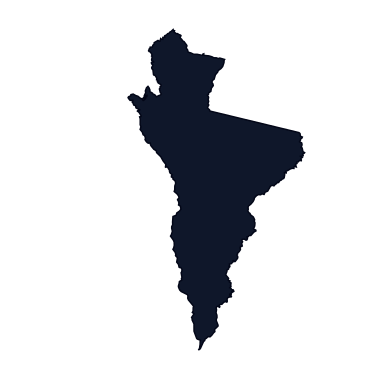 Filandia, Quindío, Colombia, rotated 110°
{"feature_id": "7082276B59907465773306", "entity_name": "Filandia", "entity_type": "district", "adm_level": 2, "iso_a3": "COL", "parent_name": "Colombia", "parent_adm1": "Quindío", "projection": "orthographic", "projection_center": [-75.673, 4.664], "detail": "fine", "context": "isolated", "style": "filled", "palette": "ink", "viewbox_px": 384, "rotation_deg": 110, "n_neighbors": 0, "source": "geoboundaries", "source_scale": "gbopen_adm2", "svg_char_len": 6047}
<svg xmlns="http://www.w3.org/2000/svg" viewBox="0 0 384 384"><g transform="rotate(110 192 192)"><path d="M280.4,173.2L282.3,172.8L285.1,172.6L286.3,171.9L288.3,170.0L289.2,168.1L290.0,161.3L290.9,160.3L293.2,159.7L294.6,158.5L298.8,151.4L300.4,151.3L303.6,150.2L305.1,150.5L305.8,148.4L310.0,149.5L311.0,148.5L312.2,148.1L315.3,145.0L322.1,142.5L327.9,137.6L328.4,136.7L328.4,133.3L329.7,133.2L332.3,132.3L336.1,131.5L337.4,131.6L338.2,132.2L337.4,131.1L336.2,130.6L328.4,130.0L327.4,129.3L325.6,129.4L324.4,128.4L322.5,127.6L321.9,125.5L320.0,124.5L316.7,123.5L315.5,122.8L314.9,122.9L314.1,123.7L313.3,123.7L309.1,121.7L308.2,122.0L304.8,125.0L303.6,125.6L301.3,125.6L299.2,126.5L297.3,128.1L294.2,128.7L292.7,129.7L291.1,129.5L290.6,128.8L290.9,126.7L290.3,126.6L289.3,127.7L288.5,127.6L287.1,125.4L284.6,124.4L284.0,123.4L283.1,123.0L283.0,122.6L283.6,121.9L283.4,121.5L282.6,121.5L280.7,122.4L279.1,122.3L277.5,120.4L277.3,119.4L276.8,119.2L276.5,119.6L276.5,120.9L275.9,121.5L275.4,121.5L275.2,120.1L274.7,120.2L274.3,121.0L273.5,120.3L272.2,120.7L272.2,119.7L271.5,119.8L271.4,118.9L271.0,118.7L269.9,119.8L270.2,121.4L269.0,122.7L269.0,123.7L267.1,123.1L266.4,124.0L265.1,123.9L264.0,124.4L263.9,126.0L263.6,126.2L262.6,125.9L262.5,127.8L262.0,128.1L260.6,128.1L258.5,131.7L257.4,132.1L254.8,132.0L253.6,132.5L251.9,131.3L249.5,131.7L249.7,131.1L249.2,130.9L246.9,132.2L245.7,130.3L244.6,130.2L243.7,129.5L242.8,130.0L242.4,129.9L242.2,129.4L242.8,128.2L242.6,127.7L238.8,126.5L237.5,126.7L236.6,127.3L236.2,128.1L235.6,128.4L234.5,127.9L233.6,128.3L232.2,127.4L229.7,126.8L228.9,127.0L228.1,127.9L227.4,127.6L226.5,127.8L226.2,126.7L225.6,126.3L223.2,127.8L221.5,127.4L220.3,128.7L219.5,128.8L219.1,128.3L218.4,126.7L218.8,124.8L218.3,124.1L217.0,123.9L215.2,124.9L214.8,123.9L213.5,123.6L212.7,121.8L208.6,120.2L206.7,118.6L206.0,119.0L205.8,120.9L205.4,121.7L203.2,121.4L201.8,121.6L199.4,122.3L198.2,123.5L196.6,123.7L194.5,125.8L193.4,129.2L192.3,130.2L192.0,131.4L190.8,133.1L189.1,133.2L187.2,134.1L185.7,134.1L183.4,132.6L180.2,131.4L178.0,131.1L176.0,131.3L173.3,130.1L171.8,128.8L171.1,126.5L169.6,125.6L169.8,124.2L169.6,123.4L167.2,123.3L165.3,121.2L159.5,120.2L158.2,118.7L158.2,117.1L156.6,116.5L154.9,115.3L153.6,115.1L153.5,113.9L151.0,113.2L150.4,112.3L148.8,111.5L148.0,110.5L146.9,110.3L144.1,110.8L142.3,111.7L141.9,110.0L141.3,110.2L140.9,111.0L140.4,111.0L139.2,109.5L136.6,107.4L135.4,105.8L135.0,104.3L133.6,104.8L132.9,104.6L132.8,102.6L130.6,104.2L129.3,103.1L128.1,103.9L127.4,102.5L125.6,101.8L125.2,100.0L124.5,100.2L123.3,101.2L121.8,100.2L121.3,102.0L120.1,100.0L119.4,100.1L118.9,100.9L118.5,101.1L117.0,99.7L116.5,99.6L116.2,101.5L112.9,103.6L112.9,104.7L110.4,104.7L109.4,105.0L108.3,105.8L108.0,108.1L106.1,107.8L105.1,108.1L103.6,107.1L102.6,107.1L102.5,109.2L100.1,110.5L99.6,111.8L109.8,202.8L108.8,203.7L107.8,206.1L106.2,206.3L104.8,206.0L104.3,206.2L103.5,207.3L101.3,207.3L99.2,208.6L97.8,208.6L96.8,209.2L95.7,210.7L94.5,209.9L93.0,210.3L91.1,208.7L87.8,209.3L84.8,208.4L83.3,209.3L82.4,210.6L81.1,211.0L79.8,210.7L78.4,209.8L73.9,210.1L70.5,208.9L68.9,208.9L66.1,207.0L63.6,206.1L59.5,206.2L57.2,206.9L56.3,206.7L56.6,211.2L56.7,211.8L57.6,212.9L57.6,215.0L58.4,217.4L58.1,219.5L58.3,222.7L59.5,227.4L59.5,227.7L58.1,228.2L58.8,229.0L60.0,228.8L60.1,229.3L60.8,234.1L62.0,237.5L61.7,240.6L61.9,243.4L59.8,244.9L59.2,246.0L58.0,246.9L56.6,246.7L56.0,247.0L53.4,250.9L53.1,252.8L52.2,253.6L51.3,255.7L50.6,256.0L48.9,255.8L48.5,256.4L48.5,258.3L48.1,259.7L48.6,261.5L48.0,262.5L47.8,263.6L46.4,263.6L46.6,264.7L45.8,265.3L48.4,266.6L49.1,267.4L50.9,268.0L51.5,269.0L53.2,269.7L54.4,271.0L54.9,271.1L55.9,270.5L56.7,272.3L58.5,271.6L58.9,272.7L58.5,273.9L61.2,273.7L61.5,274.2L61.2,275.8L64.6,278.6L66.0,278.2L67.5,279.0L69.1,278.8L69.5,279.2L70.2,280.8L70.8,280.5L71.7,281.1L74.2,281.1L74.7,280.2L74.6,279.2L75.9,277.3L77.1,276.3L78.1,276.5L78.5,275.6L81.5,275.2L82.3,274.7L82.7,272.6L83.1,272.5L83.5,273.9L84.5,274.4L85.5,273.6L85.7,272.5L87.1,272.1L88.6,272.5L89.2,272.3L89.9,271.8L90.6,270.5L94.9,268.3L95.2,267.7L95.0,266.7L96.6,264.6L97.6,263.8L98.7,263.7L98.9,262.3L100.1,262.3L100.4,262.0L100.3,261.3L101.1,261.0L101.7,258.2L102.2,257.5L103.0,257.4L104.1,258.0L105.2,257.4L106.3,257.9L109.4,255.8L110.0,254.6L110.5,254.4L111.7,254.8L112.6,256.0L114.7,258.1L113.6,259.7L113.3,260.8L113.5,261.7L112.6,263.0L112.1,265.8L111.7,266.2L110.7,266.3L108.8,268.0L107.8,269.5L109.6,270.4L113.0,270.4L114.4,269.5L118.0,269.8L119.0,269.4L120.4,270.0L120.9,269.0L120.4,268.8L119.1,268.5L117.3,268.7L116.5,267.3L117.0,267.1L117.2,267.5L117.8,267.3L118.0,268.0L119.1,267.7L119.2,268.0L119.9,268.0L120.2,267.6L122.5,268.7L122.7,269.5L121.6,270.3L121.5,272.8L120.5,275.6L120.6,277.8L120.1,280.8L121.4,282.7L122.6,282.5L124.1,284.1L125.0,284.4L125.8,283.7L127.1,281.5L126.0,278.8L126.5,278.5L127.9,279.0L128.7,277.7L130.2,276.5L130.2,274.6L132.1,273.4L132.7,269.2L133.3,269.3L134.1,270.8L134.6,271.0L135.3,269.0L137.9,265.7L138.5,265.7L139.3,266.9L140.9,265.7L146.5,263.7L148.2,262.3L151.0,262.1L152.7,259.2L154.9,257.5L155.2,255.8L157.2,254.2L158.9,254.0L160.2,252.3L161.0,250.6L161.0,249.6L160.3,247.9L161.8,247.2L162.7,246.2L164.9,242.5L165.5,239.7L167.1,238.7L169.5,233.4L172.7,229.7L175.0,226.0L177.6,225.5L177.7,225.1L176.9,224.1L177.1,223.3L179.4,220.5L180.5,220.1L181.6,219.2L182.5,216.5L183.8,216.9L184.9,216.5L185.1,214.8L186.4,214.3L187.2,212.0L187.9,211.2L189.4,210.3L192.2,210.2L195.8,209.0L197.6,208.9L198.9,205.4L200.3,203.3L201.9,202.2L202.8,202.4L203.8,203.0L204.3,202.9L205.1,201.8L206.9,200.5L208.8,200.2L209.3,198.0L212.0,196.5L214.2,197.2L216.9,199.1L219.3,198.9L221.5,201.5L226.9,200.0L229.2,199.0L231.5,199.2L233.0,198.7L235.6,197.0L239.1,196.8L240.8,197.1L243.4,193.3L245.0,191.7L248.2,190.4L250.6,190.1L252.4,190.3L254.4,187.2L256.2,185.8L257.2,185.8L257.8,185.2L258.7,183.2L263.1,182.4L264.7,179.9L267.1,178.4L267.2,177.6L266.8,176.6L268.2,174.9L270.2,174.4L271.6,174.6L275.7,172.2L277.0,172.3L278.4,171.5L280.4,173.2Z" fill="#0f172a" stroke="#020617" stroke-width="1.5"/></g></svg>